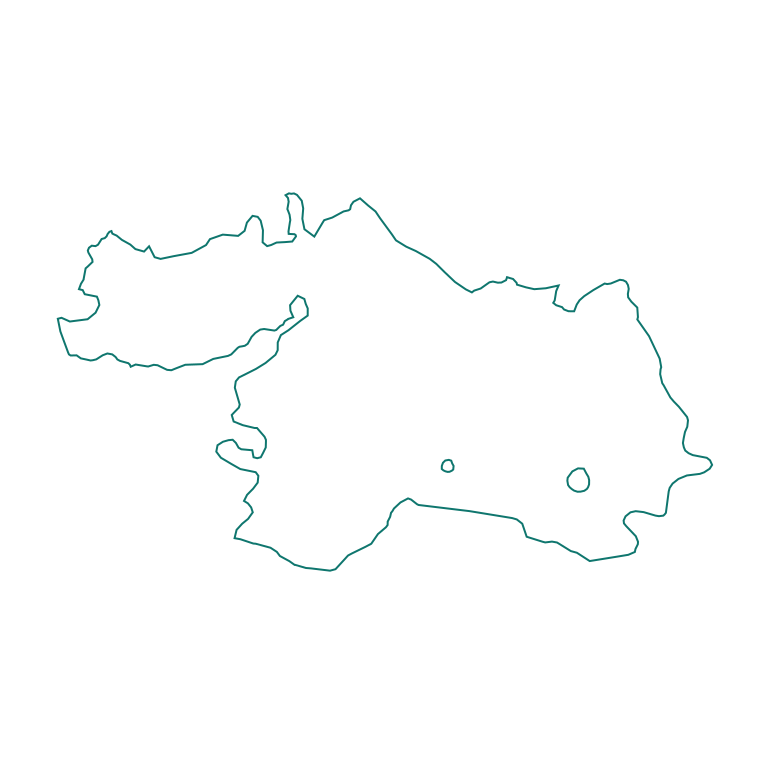 Aru, Orientale, Democratic Republic of the Congo (orthographic projection), rotated 83°
{"feature_id": "63176286B14719092717616", "entity_name": "Aru", "entity_type": "district", "adm_level": 2, "iso_a3": "COD", "parent_name": "Democratic Republic of the Congo", "parent_adm1": "Orientale", "projection": "orthographic", "projection_center": [30.488, 3.028], "detail": "fine", "context": "isolated", "style": "outline", "palette": "teal", "viewbox_px": 768, "rotation_deg": 83, "n_neighbors": 0, "source": "geoboundaries", "source_scale": "gbopen_adm2", "svg_char_len": 5487}
<svg xmlns="http://www.w3.org/2000/svg" viewBox="0 0 768 768"><g transform="rotate(83 384 384)"><path d="M518.8,551.1L520.6,545.4L526.4,533.2L526.9,530.8L532.7,516.6L537.6,510.8L542.0,508.3L544.6,504.7L548.3,499.5L552.7,494.7L552.7,494.2L557.1,483.9L558.1,479.0L562.7,460.3L561.9,454.7L552.7,443.9L550.7,441.6L549.8,440.5L548.3,436.6L543.4,422.4L541.0,416.1L532.2,408.3L526.4,399.5L524.4,397.6L521.0,397.1L516.6,394.1L512.7,392.7L511.3,391.2L508.8,389.3L503.5,382.0L503.5,381.9L500.5,374.1L502.0,371.2L507.4,365.8L508.3,364.4L520.6,314.6L532.7,273.1L534.6,268.7L539.5,263.8L553.0,261.0L559.9,245.8L560.9,243.3L560.9,240.5L560.9,236.5L562.4,231.6L564.3,229.2L572.6,218.9L575.0,213.1L584.8,201.4L583.8,174.5L583.3,162.3L581.3,155.5L578.4,154.5L574.0,151.6L571.6,151.1L565.8,152.6L554.6,160.9L551.6,162.8L548.7,162.8L544.8,160.4L544.6,160.1L541.4,155.0L540.9,149.7L542.8,141.9L547.7,130.6L548.7,127.2L548.7,122.8L547.7,121.4L546.2,119.9L525.3,114.5L521.9,113.1L518.0,109.7L514.1,103.3L511.7,94.5L511.7,81.8L511.7,81.4L510.7,77.0L507.8,71.1L504.3,68.2L499.5,69.7L496.6,72.6L492.2,86.2L489.8,90.1L486.8,93.1L483.4,94.1L479.0,94.5L474.2,93.1L468.3,91.1L463.4,88.2L457.1,86.7L453.7,87.2L442.5,94.1L436.7,98.5L432.3,101.4L419.1,106.7L417.2,107.7L407.9,108.7L403.1,107.7L401.1,106.8L392.4,107.3L368.8,115.1L350.8,124.7L349.1,124.0L348.6,123.8L339.0,123.3L332.4,128.5L328.8,130.5L327.8,131.1L325.5,131.0L324.4,131.0L319.4,129.5L315.5,129.8L312.0,131.3L310.2,133.9L309.6,136.2L309.3,137.2L311.9,146.7L312.0,149.8L312.0,150.4L311.6,151.5L311.2,152.8L316.3,164.8L321.2,174.6L324.8,179.8L325.1,180.0L328.6,183.0L335.0,186.4L334.5,190.2L334.2,192.1L333.5,193.4L332.0,196.2L330.5,197.2L329.4,197.9L326.8,203.5L324.1,206.1L323.3,205.5L321.9,204.4L316.4,202.8L312.9,201.8L311.6,201.1L307.5,198.7L308.7,211.7L308.2,223.3L305.4,231.2L301.6,239.9L300.3,240.0L299.6,240.1L299.0,240.6L295.5,243.1L293.0,248.9L294.4,249.5L295.8,250.2L297.3,254.3L297.6,255.1L297.3,258.7L295.6,263.4L295.8,265.8L295.9,266.9L296.2,267.5L301.0,276.4L302.3,283.1L303.2,284.6L303.8,285.6L300.1,291.2L291.4,301.1L280.5,310.1L271.1,317.5L265.3,323.4L262.0,327.9L255.9,336.2L250.4,345.2L242.9,354.6L240.2,356.0L236.5,357.9L219.0,367.7L211.7,371.4L205.0,377.9L196.8,385.2L197.4,386.8L199.1,391.3L199.4,392.1L202.6,395.0L206.4,396.3L207.3,398.0L207.8,403.1L211.1,411.5L212.5,415.1L213.3,419.2L214.1,423.4L216.3,425.2L229.2,435.2L220.7,444.1L210.1,444.9L199.9,442.8L192.1,443.3L185.7,447.3L183.9,450.1L183.9,452.9L183.2,455.1L184.6,458.7L187.7,456.6L190.3,456.5L191.4,456.4L198.6,458.6L200.4,458.1L204.5,457.1L209.7,457.0L210.2,457.1L212.0,457.7L220.9,460.2L223.4,460.3L223.5,459.8L224.4,454.6L225.5,453.5L226.8,453.4L231.4,457.7L231.1,464.8L230.5,473.4L232.3,479.1L232.9,483.2L228.6,487.2L216.6,485.4L206.9,486.5L202.7,489.0L201.1,494.0L207.1,500.4L215.0,503.7L219.2,510.7L216.1,525.8L219.0,539.1L224.4,543.7L230.4,558.9L231.5,577.3L232.6,590.5L230.2,596.2L218.7,600.4L223.3,606.0L219.8,614.3L214.7,618.8L209.0,626.6L204.1,631.3L202.6,633.8L201.6,635.3L200.4,635.6L199.0,635.9L199.5,638.0L201.4,640.0L203.7,641.4L204.4,642.4L205.2,643.4L205.4,644.9L205.7,646.6L210.9,650.9L212.0,653.5L211.1,657.2L212.8,660.2L215.4,661.7L217.5,661.4L220.4,660.2L224.7,658.4L227.3,658.4L231.7,664.3L232.0,664.8L232.9,666.1L233.3,666.2L243.4,669.4L243.7,669.4L246.8,671.9L247.5,672.5L252.7,675.2L254.1,671.6L258.4,670.1L262.3,658.3L266.1,657.3L270.9,656.9L278.1,661.6L283.6,670.3L283.7,688.2L279.0,696.0L279.5,699.8L292.4,698.8L303.6,696.2L314.2,693.7L316.2,693.1L317.5,691.6L318.1,685.6L321.6,681.8L323.6,676.0L324.9,672.4L324.9,670.0L324.8,669.3L324.5,666.6L321.2,659.7L320.0,654.9L320.7,652.6L321.5,650.1L323.8,647.8L324.4,647.2L325.2,646.7L327.1,645.7L328.9,643.2L332.2,635.2L333.0,634.6L333.8,633.9L334.9,633.6L336.0,633.3L334.4,628.1L337.7,616.8L337.7,616.5L337.9,616.0L336.9,610.2L337.8,606.4L338.6,605.2L343.5,597.6L344.0,595.3L344.4,593.4L344.1,592.1L343.9,591.5L342.9,587.7L340.7,578.9L342.2,561.6L338.3,550.4L337.1,535.4L336.0,532.0L330.3,524.8L329.7,523.6L329.4,522.8L329.3,520.1L329.1,517.5L327.5,514.4L324.8,512.4L321.1,509.7L317.6,505.5L315.8,502.0L314.9,500.2L314.8,496.3L317.6,486.3L317.2,484.3L315.7,482.4L313.7,479.8L313.4,478.8L312.8,476.9L309.5,474.8L307.8,471.0L307.7,471.0L306.7,465.9L300.0,467.9L299.1,467.9L294.3,467.6L285.9,458.9L289.9,452.7L295.0,451.9L299.7,450.5L306.8,451.4L311.2,459.5L316.2,467.7L319.0,472.3L322.9,480.4L329.8,484.4L337.5,485.4L341.8,488.2L348.7,499.0L353.4,509.2L356.9,518.9L359.8,527.1L363.3,530.8L369.5,532.5L386.8,529.7L389.7,530.9L394.2,536.5L396.2,538.9L402.9,537.8L407.6,529.3L411.9,517.8L412.2,515.4L413.1,514.8L421.8,509.0L425.0,508.0L426.8,508.2L432.6,509.1L437.5,512.3L441.7,515.2L442.2,518.9L440.8,522.4L437.9,522.6L433.7,522.8L431.4,533.6L429.5,536.1L424.4,538.2L420.9,541.0L420.8,545.2L421.7,550.9L424.5,556.7L430.7,558.7L437.3,554.9L444.8,545.2L450.9,537.0L455.9,522.1L459.8,519.9L466.5,521.4L472.0,526.7L477.3,533.4L483.0,537.2L485.9,533.6L490.3,530.9L495.4,529.9L499.2,533.4L501.3,535.3L505.4,541.8L510.8,548.1L518.8,551.1ZM491.4,201.7L492.4,196.0L497.4,194.1L501.0,192.5L504.4,192.1L508.7,192.7L511.4,194.1L512.9,195.4L514.4,198.2L514.8,202.0L514.5,205.1L513.0,208.3L511.1,210.5L509.1,212.3L506.7,213.6L502.4,213.8L499.4,213.1L493.7,207.7L491.4,201.7ZM471.1,326.0L473.8,324.9L477.3,325.7L478.3,327.2L479.1,329.6L479.0,331.6L478.1,333.8L477.0,335.5L475.4,337.0L472.4,336.6L469.4,335.1L467.4,332.5L467.2,328.9L468.3,326.6L471.1,326.0Z" fill="none" stroke="#0f766e" stroke-width="2"/></g></svg>